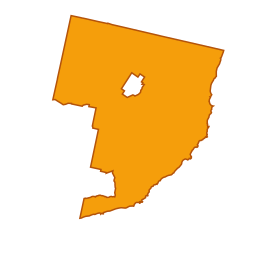 Grant, South Australia, Australia, rotated 282°
{"feature_id": "25037944B24842060506409", "entity_name": "Grant", "entity_type": "district", "adm_level": 2, "iso_a3": "AUS", "parent_name": "Australia", "parent_adm1": "South Australia", "projection": "robinson", "projection_center": [140.575, -37.836], "detail": "fine", "context": "isolated", "style": "filled", "palette": "amber", "viewbox_px": 256, "rotation_deg": 282, "n_neighbors": 0, "source": "geoboundaries", "source_scale": "gbopen_adm2", "svg_char_len": 5660}
<svg xmlns="http://www.w3.org/2000/svg" viewBox="0 0 256 256"><g transform="rotate(282 128 128)"><path d="M226.1,49.0L173.7,48.8L161.8,48.7L161.7,48.8L140.0,48.6L140.7,50.8L139.6,53.7L138.4,57.1L137.3,59.8L138.2,62.0L139.7,64.2L140.3,67.6L139.8,67.7L139.8,78.7L141.0,79.4L142.6,82.6L142.8,85.3L140.8,85.3L140.9,88.7L141.0,92.6L122.7,92.7L122.7,93.0L122.1,93.0L121.3,93.5L120.6,93.6L120.5,99.4L81.9,99.5L81.8,110.2L80.0,110.2L79.9,116.1L79.2,116.1L83.0,122.1L80.9,122.1L76.8,125.4L75.8,125.4L75.1,125.2L73.3,125.3L72.7,126.1L71.3,126.8L70.1,127.0L67.3,127.8L66.6,128.4L61.9,128.5L59.7,129.5L57.9,129.4L57.8,129.0L58.0,128.8L58.0,128.3L57.7,127.8L57.4,126.9L57.6,126.3L57.6,125.8L57.1,124.6L56.4,124.1L56.1,123.3L56.0,122.8L55.7,121.8L55.7,121.4L56.1,120.9L56.3,120.5L56.2,120.2L56.0,119.5L56.1,119.3L56.3,119.0L56.5,117.1L56.3,116.1L56.5,114.9L56.4,114.3L56.0,113.3L55.4,112.6L55.3,112.0L54.9,111.4L54.6,111.3L54.5,110.9L54.3,110.8L54.1,110.1L53.9,110.1L54.0,109.9L53.9,109.7L54.0,109.2L53.9,108.3L53.7,107.5L53.3,106.8L52.5,105.9L51.9,104.9L51.5,104.0L51.3,103.8L51.3,103.6L51.0,103.1L50.9,102.7L50.7,102.5L50.6,102.2L50.5,101.6L50.3,101.3L50.5,101.1L50.5,100.9L49.9,99.7L29.7,99.7L30.3,101.2L31.6,102.9L32.8,105.0L33.4,106.7L33.9,108.2L34.2,108.8L34.6,109.2L36.1,111.5L36.6,112.8L36.5,113.5L36.7,113.8L37.8,115.3L38.7,117.0L39.0,117.9L39.0,118.3L38.8,118.6L38.2,119.1L38.6,119.2L39.0,119.8L39.0,120.1L38.7,120.2L38.7,120.5L39.0,120.6L39.3,120.8L39.3,121.1L38.9,121.7L39.0,121.8L39.3,121.7L39.9,121.6L40.4,121.9L40.9,122.9L41.9,124.5L42.4,125.5L43.0,127.5L46.4,132.8L47.6,135.3L48.6,137.8L49.1,141.9L49.3,142.5L49.7,143.2L51.5,145.3L51.9,146.0L52.6,148.6L52.7,149.1L52.7,149.8L53.2,150.0L54.2,150.0L54.9,150.2L55.1,150.4L55.5,150.5L55.9,150.8L56.2,150.9L56.4,151.1L56.9,151.7L57.1,152.2L57.1,152.7L57.4,153.7L57.4,154.5L56.9,154.9L56.9,155.2L57.1,155.4L57.4,155.5L57.6,155.1L58.2,154.7L58.5,154.9L58.7,155.3L58.7,155.7L58.3,155.8L58.1,156.1L58.3,156.4L58.3,156.5L58.4,156.9L58.3,157.0L58.4,157.4L58.6,157.5L58.9,157.6L59.1,157.2L59.1,156.9L59.7,156.8L60.2,156.5L60.7,156.5L60.9,156.7L61.3,157.2L61.4,157.4L61.4,157.6L61.8,157.8L62.4,158.6L63.1,159.2L63.4,159.6L63.9,159.5L64.1,159.6L64.6,159.6L65.0,159.4L65.4,159.7L65.7,160.0L65.8,160.2L65.7,161.3L65.9,161.5L66.5,161.4L66.9,161.0L67.1,161.0L67.6,161.0L69.1,161.5L69.8,162.0L70.9,161.8L71.2,161.6L71.6,161.6L72.1,161.7L73.7,162.8L74.3,162.9L75.0,163.0L75.4,163.2L75.8,163.6L76.0,164.4L76.3,164.7L77.0,164.8L77.7,165.2L77.9,165.6L78.1,165.9L78.2,166.5L78.6,167.0L79.2,167.5L79.0,167.9L79.0,168.1L79.6,168.0L80.1,168.6L81.3,168.8L82.5,169.3L83.1,169.9L83.2,170.5L83.7,170.5L83.9,170.7L84.3,170.7L84.7,170.9L86.2,172.0L87.3,173.3L87.7,174.3L89.5,176.5L90.3,177.9L90.5,178.5L91.3,180.2L91.9,180.7L92.9,181.2L93.7,182.2L93.9,182.2L94.3,182.3L96.2,183.1L97.8,184.2L98.7,184.6L99.9,185.8L100.6,186.3L102.8,187.4L104.0,187.9L105.6,187.8L106.4,187.9L107.3,188.2L108.3,188.8L108.8,189.4L109.4,190.1L109.7,190.8L109.7,191.0L109.5,191.3L109.5,191.7L109.6,192.1L109.6,192.4L109.5,192.6L109.2,192.8L109.2,193.0L109.3,193.1L109.5,193.4L109.8,193.8L110.3,194.1L111.0,194.2L111.0,194.5L111.1,194.9L111.1,195.0L111.4,195.3L111.3,195.5L111.1,195.7L111.7,195.9L111.8,196.2L112.0,196.2L112.8,196.0L113.3,195.9L113.3,195.6L113.4,195.3L114.0,195.1L115.1,194.3L115.8,194.4L117.8,195.0L118.1,195.0L118.9,195.4L119.3,195.3L119.7,195.5L119.9,195.8L120.6,196.2L122.3,196.8L123.0,197.3L123.3,197.8L123.3,198.1L123.2,198.5L123.6,198.8L123.6,199.5L123.8,199.9L124.1,199.9L124.3,200.1L125.0,200.2L125.4,200.0L125.5,199.7L126.2,199.3L127.2,199.8L127.9,199.8L128.6,200.1L129.5,200.1L130.1,200.4L130.6,200.8L130.8,201.2L130.9,201.6L130.8,201.8L130.9,202.0L131.3,202.3L131.5,202.6L131.7,203.0L132.1,203.4L132.2,203.6L132.7,203.7L133.1,204.0L133.5,204.5L134.2,205.2L135.1,205.6L135.3,205.9L135.3,206.3L135.6,206.2L135.6,206.4L135.4,206.7L135.4,206.9L135.8,206.9L135.7,207.2L135.9,207.4L136.1,207.2L136.1,206.9L136.5,206.9L136.6,206.6L136.8,206.6L137.0,206.7L137.4,206.7L137.5,206.8L137.9,206.9L138.3,206.7L138.4,206.3L139.0,206.3L139.3,206.1L139.8,206.0L140.7,206.1L141.3,206.2L142.6,205.8L144.1,206.0L145.5,206.7L146.1,206.8L145.6,205.7L146.4,205.6L147.0,205.2L147.3,205.4L147.5,205.3L148.6,204.6L148.7,204.8L150.0,204.3L151.9,204.0L152.8,204.1L154.2,204.6L154.9,204.7L155.2,204.9L156.0,204.8L157.5,205.0L158.0,204.9L158.6,205.4L158.9,205.7L159.4,206.1L160.3,206.4L160.7,206.4L160.8,206.3L160.8,206.1L161.0,205.9L162.1,205.5L163.0,205.6L163.7,206.0L164.1,206.0L164.6,205.7L165.1,205.6L165.7,205.7L166.2,206.1L166.3,206.1L166.3,205.9L166.8,206.0L167.1,206.2L167.1,206.4L167.1,206.7L167.2,206.8L167.2,206.1L167.2,205.8L167.3,205.4L167.2,205.1L167.2,204.8L168.2,203.8L168.6,203.1L170.1,202.3L170.7,202.1L170.8,201.8L172.7,201.7L173.3,201.8L173.7,201.8L174.9,202.3L175.5,202.2L175.4,201.9L175.5,201.8L175.6,202.2L178.0,203.0L178.6,202.3L179.1,201.8L180.4,201.1L181.3,200.7L186.7,200.2L188.1,200.3L189.6,200.6L192.5,201.6L193.8,201.8L194.7,202.3L195.1,202.9L195.8,203.0L196.4,203.3L196.7,203.6L197.0,203.7L198.4,203.3L201.7,202.6L204.8,202.6L205.4,202.7L209.9,204.2L211.3,204.3L213.6,204.6L215.9,204.3L215.9,204.1L216.3,204.4L216.8,204.6L222.1,205.4L223.8,205.5L224.8,142.1L225.6,103.7L225.8,91.0L226.3,86.5L225.9,86.4L225.9,76.8L226.1,64.1L226.1,60.9L226.0,60.3L226.1,59.0L226.1,49.0ZM160.7,128.1L161.0,127.7L161.4,125.9L157.7,120.9L160.0,115.4L163.6,116.8L165.0,113.4L182.8,120.2L179.9,127.1L183.4,128.5L181.3,133.6L175.9,131.6L175.3,133.2L173.8,132.7L173.9,133.0L173.9,134.8L170.5,133.4L170.2,133.4L169.7,133.5L169.2,133.5L168.1,133.0L167.7,132.7L165.4,132.8L163.0,131.2L160.7,128.1Z" fill="#f59e0b" stroke="#b45309" stroke-width="1.5"/></g></svg>